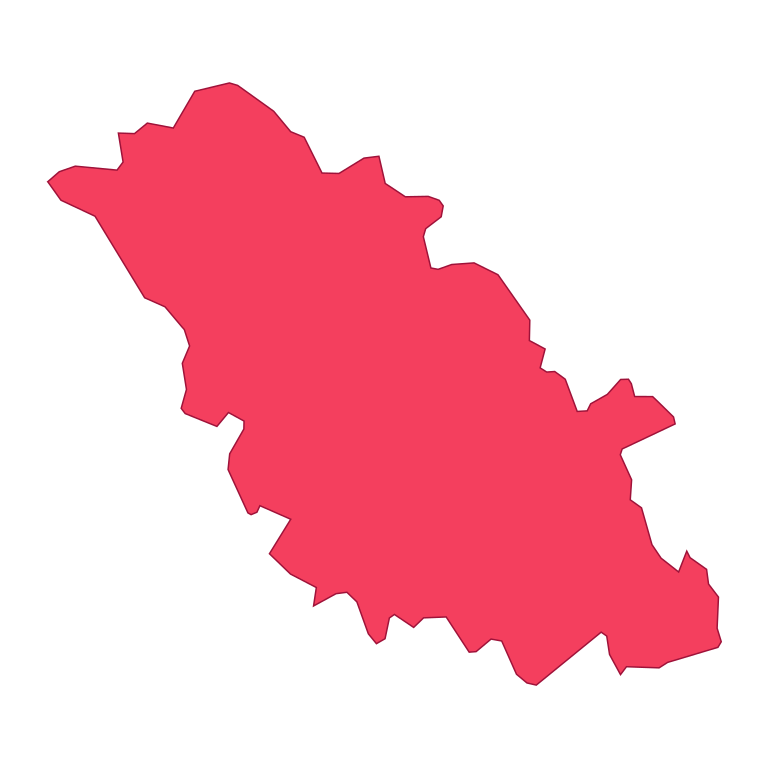 the border of Northamptonshire, rotated 269°
{"feature_id": "GBR-2749", "entity_name": "Northamptonshire", "entity_type": "Administrative County", "adm_level": 1, "iso_a3": "GBR", "parent_name": "United Kingdom", "parent_adm1": "", "projection": "mercator", "projection_center": [-0.87, 52.306], "detail": "fine", "context": "isolated", "style": "filled", "palette": "rose", "viewbox_px": 768, "rotation_deg": 269, "n_neighbors": 0, "source": "natural_earth", "source_scale": "10m", "svg_char_len": 1611}
<svg xmlns="http://www.w3.org/2000/svg" viewBox="0 0 768 768"><g transform="rotate(269 384 384)"><path d="M491.2,499.9L445.3,530.9L424.9,530.1L416.2,545.7L397.4,540.4L393.1,546.9L393.5,554.9L385.6,565.3L353.2,576.7L353.6,586.7L360.6,590.3L369.7,607.1L384.4,620.7L384.5,628.5L380.0,631.3L367.1,634.4L366.7,652.4L360.0,659.1L346.0,672.9L339.0,674.4L314.9,621.0L309.1,619.0L283.9,629.9L263.9,628.2L255.7,639.3L218.7,649.1L205.0,658.0L190.9,675.3L211.6,683.8L205.0,687.0L193.0,703.3L178.3,705.0L165.1,714.7L134.0,712.8L120.4,716.7L114.9,713.3L100.7,662.7L95.4,654.1L97.1,621.5L89.3,615.4L109.6,604.8L128.1,602.3L132.1,596.8L80.3,531.0L82.6,521.7L91.5,511.4L125.0,497.2L127.1,486.6L114.8,471.4L114.4,464.5L150.0,442.1L149.5,419.5L140.1,409.4L153.4,390.4L150.0,385.3L129.3,380.6L124.5,371.9L134.5,364.0L166.6,353.1L176.4,343.3L175.2,332.4L163.3,309.7L181.7,312.8L195.6,287.2L216.3,266.5L250.4,288.4L264.5,257.8L258.0,254.7L255.7,248.8L257.5,245.7L301.2,226.6L316.9,228.5L341.4,243.1L349.4,243.4L358.2,228.0L344.5,216.2L357.9,184.7L363.2,180.8L382.0,186.4L408.2,182.7L425.4,190.3L441.9,185.3L444.7,182.9L465.0,166.4L474.4,146.2L556.8,98.0L573.4,64.2L591.9,51.5L592.1,51.3L601.9,63.0L607.2,79.1L602.5,120.8L610.5,127.0L639.5,122.8L639.2,129.3L638.7,138.9L649.0,151.9L643.6,177.8L680.0,199.9L687.7,234.7L685.1,242.9L658.6,278.5L637.9,295.1L632.1,308.5L596.0,325.7L595.3,342.7L610.2,367.9L611.8,382.9L584.5,388.7L570.8,408.6L570.8,431.5L566.7,442.4L561.0,446.3L550.2,444.1L538.6,428.4L530.6,425.9L499.2,432.9L497.7,440.1L502.3,453.8L503.5,476.2L491.2,499.9Z" fill="#f43f5e" stroke="#9f1239" stroke-width="1.5"/></g></svg>